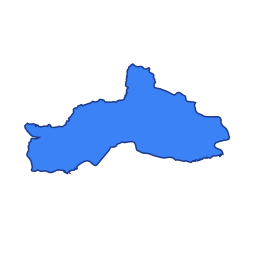 outline of Malanje, rotated 103°
{"feature_id": "AGO-1876", "entity_name": "Malanje", "entity_type": "Province", "adm_level": 1, "iso_a3": "AGO", "parent_name": "Angola", "parent_adm1": "", "projection": "equal_earth", "projection_center": [17.064, -9.524], "detail": "fine", "context": "isolated", "style": "filled", "palette": "blue", "viewbox_px": 256, "rotation_deg": 103, "n_neighbors": 0, "source": "natural_earth", "source_scale": "10m", "svg_char_len": 5883}
<svg xmlns="http://www.w3.org/2000/svg" viewBox="0 0 256 256"><g transform="rotate(103 128 128)"><path d="M132.3,29.6L132.3,30.7L132.5,31.4L133.0,31.8L133.3,31.2L133.5,31.1L134.0,31.5L134.7,31.7L135.0,31.9L135.1,32.3L135.0,32.5L134.2,33.0L134.0,33.5L134.1,34.0L134.9,34.9L135.3,36.0L135.9,38.2L136.4,39.2L138.1,40.3L138.8,41.0L138.6,41.9L138.8,42.6L138.8,43.7L138.8,44.4L139.4,44.1L139.5,44.5L139.4,44.7L139.9,45.1L139.9,45.5L139.6,46.3L139.8,46.9L140.4,47.6L140.7,48.3L141.5,48.4L141.8,48.7L141.8,49.7L142.0,50.1L142.6,50.1L142.6,50.4L142.3,50.8L143.3,51.0L143.4,51.6L143.4,52.1L143.5,52.5L144.0,52.3L144.4,52.9L144.3,53.3L144.0,53.7L143.8,54.3L143.9,54.7L145.0,55.4L144.8,55.9L145.0,56.4L145.4,55.7L145.7,57.2L145.9,57.6L146.3,58.1L147.0,58.6L147.3,58.9L147.4,59.7L147.0,61.0L147.3,61.7L147.2,63.3L146.9,63.8L146.8,64.3L147.1,64.8L147.9,65.7L147.8,71.4L147.9,72.6L148.3,73.7L148.6,74.2L148.2,75.0L147.5,76.4L147.1,77.5L147.0,78.7L147.0,80.0L147.3,81.7L149.0,85.7L149.3,88.3L149.1,96.3L148.4,101.1L148.3,102.0L148.4,103.2L149.0,107.6L148.9,109.2L148.2,111.6L147.8,113.7L147.3,114.6L146.7,115.0L142.6,116.9L141.8,117.5L141.0,118.2L140.5,119.2L140.3,120.3L140.5,121.5L141.6,124.9L142.7,127.2L143.0,128.6L143.1,130.6L143.5,131.4L144.7,132.5L145.2,133.2L145.5,134.0L146.0,134.6L146.3,134.9L148.4,135.7L149.1,136.3L150.0,138.1L150.1,139.2L150.4,140.1L151.0,140.8L152.3,141.1L153.3,141.1L171.0,150.1L171.4,150.5L171.8,151.2L171.9,152.1L171.5,153.2L170.7,155.2L170.1,155.8L169.7,156.7L169.1,158.7L169.0,159.7L169.3,160.8L169.8,162.0L170.5,163.1L172.3,165.2L175.7,168.3L176.5,168.8L177.4,169.1L179.0,168.4L179.9,169.5L179.4,170.5L179.9,170.4L180.6,170.8L181.0,170.8L181.2,171.5L181.6,172.2L181.8,173.6L182.4,174.3L182.7,174.9L182.9,174.6L183.2,175.0L183.5,175.4L184.3,175.8L184.8,175.2L184.7,175.8L184.9,176.3L185.2,176.6L185.7,176.8L185.2,177.4L185.9,178.0L185.6,178.2L185.4,178.5L185.3,178.8L185.4,179.3L184.7,179.6L185.2,180.1L185.1,180.4L184.5,180.9L184.3,180.9L183.9,180.5L183.7,180.8L183.6,181.2L183.9,181.5L184.0,181.8L184.2,184.3L184.4,185.5L184.7,186.8L185.2,187.9L185.8,188.7L187.6,191.0L188.2,191.8L188.6,192.8L188.9,194.0L188.9,195.3L188.5,197.4L188.4,198.7L188.6,199.9L189.6,202.2L189.8,203.4L189.6,204.7L189.3,205.6L189.3,206.4L190.0,207.5L190.9,208.5L191.1,209.1L191.2,209.8L191.4,211.7L191.1,212.4L190.5,212.7L189.0,212.4L188.2,212.4L186.5,212.9L182.9,214.6L181.1,215.9L180.4,216.5L178.1,219.6L177.5,220.2L176.7,220.5L175.9,220.5L174.2,220.4L172.5,219.9L171.6,219.9L168.4,221.0L167.9,221.0L166.1,220.5L165.5,220.7L164.9,221.1L164.3,221.2L163.9,220.8L163.6,220.0L163.1,219.6L162.6,219.6L161.5,220.0L160.2,219.8L159.8,219.4L159.6,218.8L159.6,218.4L159.7,216.7L159.3,215.6L158.9,214.4L158.6,213.9L158.2,213.5L157.1,212.3L157.6,215.4L157.6,218.6L157.3,220.0L156.7,221.2L153.5,225.7L152.7,226.4L151.1,228.2L150.5,228.5L148.9,229.0L146.0,227.0L146.3,226.0L146.4,224.7L146.3,224.2L145.3,221.5L145.2,220.4L145.6,219.4L146.8,218.7L147.0,218.4L146.9,217.7L146.5,217.6L145.6,218.1L145.6,217.5L145.6,216.4L145.7,216.1L146.4,215.4L146.5,215.2L146.5,214.1L146.6,213.9L146.5,213.1L144.6,209.0L144.6,207.5L144.4,206.7L144.2,206.5L143.3,206.6L142.5,206.1L142.3,205.3L142.6,204.5L143.5,203.7L143.7,204.1L144.2,203.6L144.4,203.0L144.4,201.4L144.2,200.5L143.5,199.0L143.1,197.4L142.2,196.3L141.9,195.6L141.8,194.8L141.8,193.2L141.6,192.4L141.0,191.7L139.2,190.3L138.8,189.4L138.6,189.3L136.7,189.6L135.3,188.8L134.9,189.0L134.5,187.4L134.1,187.0L133.5,187.4L132.9,187.1L132.5,187.7L132.1,188.1L131.2,187.6L130.1,186.5L126.5,185.1L125.2,184.3L123.8,185.0L123.2,184.9L122.5,185.3L121.7,185.2L121.1,184.8L120.7,184.3L119.7,182.2L119.3,181.8L118.9,181.7L118.0,181.7L117.6,181.5L117.3,181.0L116.7,179.6L116.1,179.3L115.9,179.0L115.8,178.3L115.9,178.0L116.7,177.1L115.3,175.7L114.9,174.6L114.1,173.7L111.8,169.9L111.0,169.3L110.0,168.4L109.9,167.8L110.2,166.2L110.2,165.8L108.7,163.3L108.1,162.7L107.0,162.5L106.7,162.0L106.4,161.4L106.3,160.6L106.2,158.7L106.4,157.7L106.9,157.2L107.4,156.8L107.8,156.4L106.5,149.5L106.0,149.1L105.7,148.3L105.4,145.4L105.3,145.1L105.0,144.7L104.0,144.4L102.9,142.8L102.7,142.1L102.6,141.1L102.4,140.3L101.7,139.1L101.1,138.5L100.5,138.2L99.1,138.1L98.3,138.0L97.7,137.7L97.3,137.6L96.8,138.1L96.1,137.3L95.9,137.2L95.4,137.1L94.4,137.5L93.8,136.8L92.9,137.6L92.2,137.8L91.5,137.8L89.7,137.5L89.1,137.0L88.8,136.9L88.4,137.0L88.3,137.3L88.2,138.1L87.7,139.4L87.2,139.8L86.7,140.0L83.5,140.4L82.9,140.3L82.1,140.0L81.7,140.0L80.7,140.7L80.1,140.6L79.4,140.4L78.6,140.3L78.5,140.5L78.2,141.0L77.9,141.0L77.1,140.7L74.5,141.1L73.3,141.6L71.7,141.3L71.2,141.6L70.8,141.2L70.1,140.8L69.4,140.7L69.1,140.8L68.9,140.7L67.8,140.7L67.6,140.5L67.0,139.4L65.8,139.1L65.3,138.2L64.7,138.0L64.6,137.3L65.5,136.1L65.9,135.1L66.2,133.9L66.1,132.4L65.8,131.1L65.1,129.1L65.0,128.3L66.8,125.2L66.4,123.3L64.6,121.2L65.0,120.4L65.4,120.3L65.9,120.2L67.4,120.4L68.7,119.7L69.3,118.0L69.7,116.1L70.6,114.8L71.3,114.6L72.8,114.5L73.5,114.2L74.6,112.9L75.8,112.8L77.0,111.6L77.5,111.5L77.8,111.6L78.5,112.2L78.8,112.3L80.2,112.3L81.5,112.0L82.2,111.6L82.6,111.1L82.7,108.0L82.6,105.3L82.7,104.5L83.0,102.9L83.5,98.7L84.5,94.4L85.2,92.4L85.4,91.3L85.3,90.3L84.8,89.5L83.3,88.6L82.6,87.9L82.1,86.8L81.8,85.9L82.3,84.3L83.5,81.8L83.8,80.9L83.8,80.2L84.0,79.5L84.6,79.1L88.0,77.5L88.6,76.7L88.7,75.8L88.5,75.0L88.4,72.4L88.0,70.1L88.1,67.9L90.2,68.4L91.1,68.3L92.1,68.0L93.3,67.0L96.0,65.9L96.5,65.5L98.0,63.5L98.6,59.4L99.4,56.9L99.5,55.9L99.4,54.8L99.1,52.5L97.0,43.7L96.8,42.6L97.0,41.5L97.4,40.4L98.6,39.4L99.6,39.0L101.4,38.8L102.3,38.4L104.5,36.3L106.6,32.2L108.9,30.1L114.2,27.2L115.0,27.0L115.5,27.2L116.3,27.5L116.9,28.3L117.4,29.2L118.2,31.4L121.5,37.6L122.2,38.5L123.0,39.2L123.7,39.7L124.5,39.9L125.3,39.9L126.0,39.6L126.8,39.1L127.5,38.1L127.9,36.7L128.1,35.7L128.3,33.2L128.7,32.3L129.1,31.7L130.4,30.5L132.3,29.6Z" fill="#3b82f6" stroke="#1e3a8a" stroke-width="1.5"/></g></svg>